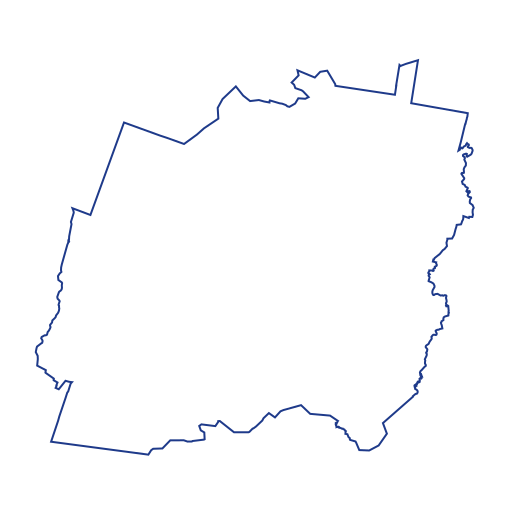 Pededzes pag., Aluksne, Latvia (Albers equal-area conic projection), rotated 183°
{"feature_id": "27541924B28256334798833", "entity_name": "Pededzes pag.", "entity_type": "district", "adm_level": 2, "iso_a3": "LVA", "parent_name": "Latvia", "parent_adm1": "Aluksne", "projection": "albers", "projection_center": [27.465, 57.478], "detail": "fine", "context": "isolated", "style": "outline", "palette": "blue", "viewbox_px": 512, "rotation_deg": 183, "n_neighbors": 0, "source": "geoboundaries", "source_scale": "gbopen_adm2", "svg_char_len": 5803}
<svg xmlns="http://www.w3.org/2000/svg" viewBox="0 0 512 512"><g transform="rotate(183 256 256)"><path d="M394.8,382.4L423.5,288.3L441.8,294.1L440.9,292.1L440.3,290.2L440.3,289.5L442.6,280.3L441.9,278.2L443.6,265.9L443.6,263.3L443.8,262.9L443.6,262.5L443.7,261.8L444.0,261.7L443.8,261.4L444.0,261.1L443.7,260.9L444.0,260.6L443.7,260.2L444.3,259.5L444.5,258.6L444.9,257.8L449.5,237.4L450.0,234.4L450.0,232.4L450.0,231.6L449.5,229.9L451.1,228.3L452.7,225.6L452.1,221.7L448.6,219.5L448.2,218.8L448.4,216.6L448.1,214.0L448.4,212.4L449.2,211.2L450.5,210.2L450.9,209.6L452.3,204.9L452.2,204.0L451.8,202.9L450.1,201.3L449.7,200.6L450.6,197.1L450.6,196.7L450.1,196.1L450.0,194.4L449.7,193.4L449.9,191.2L450.6,189.0L452.6,186.1L452.8,184.7L453.8,183.3L456.0,181.0L456.2,178.9L458.0,176.5L458.0,175.5L457.6,174.7L457.5,174.1L457.9,172.8L459.0,170.5L460.0,169.3L460.6,166.5L461.7,165.8L463.0,165.7L465.8,163.9L466.2,162.6L464.8,160.5L464.7,159.4L465.0,158.1L465.9,157.5L469.9,154.1L470.3,152.7L470.9,148.5L468.8,144.9L468.5,141.6L468.8,135.1L459.9,131.0L460.2,128.6L460.1,128.4L451.5,123.0L451.4,122.8L451.7,121.6L451.5,121.3L447.6,119.3L448.6,116.4L448.3,116.1L449.2,113.8L446.0,112.6L439.7,121.4L436.1,120.6L433.2,120.4L434.4,118.9L436.5,110.8L437.3,109.8L438.8,104.1L444.0,85.6L445.0,81.1L450.9,59.8L353.1,52.0L350.5,56.6L348.6,58.1L339.4,58.9L332.0,67.4L318.5,68.2L314.7,67.1L310.3,67.4L309.8,67.9L298.4,69.9L297.7,70.3L298.4,77.1L302.0,79.0L303.8,83.3L301.7,85.0L287.7,84.0L285.2,88.1L285.1,88.6L285.1,89.1L283.5,89.3L268.7,78.8L254.2,79.6L253.4,80.0L250.3,83.5L249.7,83.6L247.1,85.7L241.1,92.0L240.0,94.4L234.9,99.8L228.6,95.8L223.4,102.2L220.5,103.6L203.2,109.4L193.6,101.2L173.7,100.5L165.6,95.6L165.9,95.3L166.0,94.6L166.4,93.6L167.4,93.6L167.6,93.4L167.1,92.2L167.5,92.0L167.3,91.6L167.3,91.1L166.8,90.4L166.8,90.1L166.4,89.9L166.5,89.4L165.9,89.6L165.3,89.4L165.0,89.8L164.6,89.8L164.3,89.7L164.2,89.0L163.9,88.8L162.7,88.8L161.0,88.0L160.3,88.2L159.7,87.6L158.7,87.4L158.4,86.9L157.1,85.8L157.5,85.2L157.3,84.2L157.4,83.1L155.4,82.8L154.2,80.1L152.8,79.0L152.7,77.9L152.4,77.3L146.9,76.0L146.2,74.8L142.7,67.6L132.8,67.7L123.6,73.2L116.0,85.4L120.5,95.8L91.9,123.7L92.0,124.2L89.8,126.3L89.2,126.7L88.3,126.8L88.0,127.1L87.6,127.8L87.4,128.8L87.7,129.9L88.3,130.6L90.2,131.7L90.2,132.6L90.6,133.4L89.6,134.2L90.2,134.4L90.8,134.1L91.0,134.9L90.8,135.3L89.7,136.0L89.4,136.4L89.1,135.7L88.6,136.0L88.6,136.6L88.1,137.4L88.1,138.5L87.9,139.0L87.3,139.2L87.2,138.2L86.1,138.6L85.9,139.0L86.1,140.0L85.9,140.4L86.3,141.9L85.4,142.8L84.5,142.3L84.3,142.5L84.5,143.3L85.1,143.7L85.1,144.0L84.7,144.4L83.9,144.3L84.0,144.6L84.7,145.0L84.7,145.7L85.8,145.9L85.8,146.2L85.6,146.5L85.0,146.6L85.1,147.0L86.1,147.6L86.2,148.2L85.9,149.2L85.5,149.9L84.7,150.6L82.1,153.9L80.7,155.2L80.8,156.2L81.6,157.4L81.7,158.9L81.5,160.5L82.0,161.7L80.4,165.5L80.3,167.0L80.5,167.5L81.0,168.1L81.0,168.6L80.3,169.4L80.0,171.6L80.2,172.1L81.7,173.7L81.8,174.3L81.6,175.1L81.0,175.8L79.2,177.1L78.9,177.6L78.1,179.6L76.4,182.1L76.2,183.1L76.6,184.4L75.5,186.0L74.8,186.6L74.3,186.7L72.2,186.5L71.6,187.0L71.5,188.2L72.6,190.2L72.7,190.7L72.4,191.1L71.1,191.8L69.7,192.0L68.5,192.7L66.1,193.4L66.9,196.7L67.6,198.1L67.8,199.2L67.4,199.7L67.3,200.5L65.5,201.8L65.6,203.5L65.3,204.6L64.1,205.5L60.8,206.6L60.7,207.1L60.9,208.0L60.4,209.4L60.9,210.0L60.7,211.2L61.4,216.2L61.9,216.5L62.3,216.3L62.5,215.8L63.3,215.7L63.7,216.4L63.1,217.3L63.8,218.2L63.7,219.3L63.2,220.3L63.4,221.8L64.1,224.1L63.7,226.0L64.0,226.5L65.3,226.8L67.0,226.1L67.8,226.5L69.6,226.2L72.7,227.7L75.0,227.3L76.1,226.4L76.8,226.3L77.2,226.6L77.8,227.7L78.0,228.7L78.0,229.9L77.7,231.2L76.1,234.4L76.2,235.6L77.2,237.5L77.6,237.9L79.4,238.9L82.3,239.9L82.3,240.5L81.5,243.7L81.9,244.5L82.5,245.1L82.6,245.6L82.3,246.3L81.5,246.8L81.9,247.3L82.7,247.5L83.1,248.1L82.8,248.9L82.2,249.7L82.2,250.7L79.4,250.7L78.5,250.3L78.0,250.5L77.8,250.7L77.9,251.0L78.2,251.6L78.1,252.4L77.3,253.1L76.7,253.2L76.6,253.7L76.9,254.5L76.4,255.0L75.3,255.5L75.0,256.1L75.0,256.6L75.3,257.3L76.0,258.6L75.8,259.1L79.1,259.7L78.7,261.7L78.2,261.6L77.5,263.3L72.5,267.7L69.8,271.5L68.0,272.9L65.8,275.9L66.5,279.2L65.7,282.6L65.8,283.3L61.1,283.7L59.3,287.4L58.1,293.3L57.5,295.5L57.2,297.6L53.0,298.3L52.7,298.9L51.9,301.7L51.3,302.9L51.0,304.0L51.0,306.7L45.4,305.1L45.1,306.3L42.0,306.3L41.5,308.5L42.0,310.9L42.0,313.6L41.1,315.5L42.4,318.2L45.2,320.1L45.4,321.6L45.1,323.7L44.2,325.1L44.3,325.7L46.8,326.4L47.8,327.5L47.5,328.9L45.8,331.1L46.2,332.0L47.5,331.8L48.4,330.9L49.3,331.7L48.0,334.9L48.3,335.3L50.4,336.2L51.3,337.9L53.4,338.8L54.2,341.2L52.2,343.7L52.1,344.6L55.2,348.8L55.0,349.4L54.7,349.7L52.9,349.8L52.7,350.5L53.1,353.6L52.5,355.4L51.2,357.3L51.2,359.8L53.0,363.1L52.5,364.8L53.2,365.8L54.5,366.7L54.6,367.6L54.0,368.3L51.6,369.2L50.8,369.0L50.9,366.6L50.3,366.2L46.9,368.4L46.1,369.4L45.2,372.4L45.3,373.3L46.2,375.0L46.9,375.3L48.4,375.1L50.1,375.8L50.1,376.6L49.2,377.9L49.4,378.5L50.7,379.1L51.2,379.7L52.1,378.4L52.3,377.3L54.3,376.1L55.3,374.5L55.8,374.2L57.0,375.1L57.9,375.2L58.1,374.5L57.8,373.8L57.9,373.4L58.0,372.8L59.3,371.9L57.4,380.7L54.3,397.3L53.9,399.0L53.7,399.0L53.2,401.8L52.7,403.8L52.6,405.1L52.2,406.3L52.0,409.7L109.0,416.7L104.5,460.0L116.6,455.6L121.1,453.6L121.5,453.3L122.7,454.3L125.0,433.5L124.8,433.5L125.7,424.3L185.6,430.1L185.9,431.8L194.6,444.8L201.5,443.3L206.6,437.3L224.3,443.6L222.9,438.6L229.5,431.1L226.9,429.0L225.5,425.7L219.2,423.9L217.6,422.9L211.8,417.4L215.0,415.6L222.0,415.7L224.9,410.3L230.4,406.7L232.5,407.1L234.1,408.3L237.9,409.5L240.3,409.7L250.3,412.1L250.6,411.4L250.6,410.0L255.9,410.7L261.3,411.9L270.0,410.4L277.2,415.5L285.0,424.3L297.6,411.0L302.0,401.9L300.8,391.2L314.6,380.8L321.3,374.2L333.7,364.1L351.4,369.4L358.0,371.2L394.8,382.4Z" fill="none" stroke="#1e3a8a" stroke-width="2"/></g></svg>